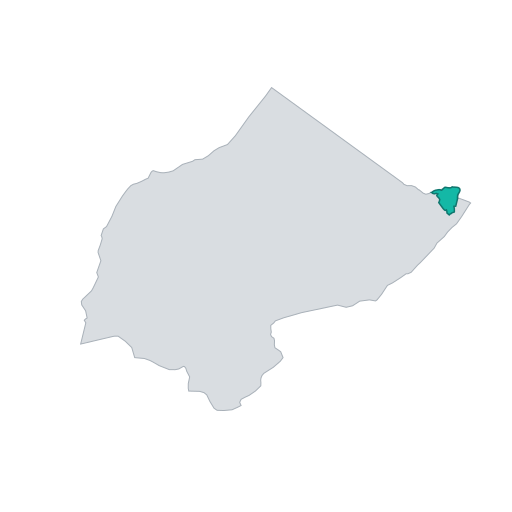 Uganda, with Kabale highlighted, rotated 216°
{"feature_id": "UGA-3375", "entity_name": "Kabale", "entity_type": "District", "adm_level": 1, "iso_a3": "UGA", "parent_name": "Uganda", "parent_adm1": "", "projection": "natural_earth1", "projection_center": [30.02, -1.25], "detail": "fine", "context": "in_parent", "style": "filled", "palette": "teal", "viewbox_px": 512, "rotation_deg": 216, "n_neighbors": 0, "source": "natural_earth", "source_scale": "10m", "svg_char_len": 3123}
<svg xmlns="http://www.w3.org/2000/svg" viewBox="0 0 512 512"><g transform="rotate(216 256 256)"><path d="M342.4,401.4L336.7,401.4L327.3,401.4L317.8,401.4L308.4,401.4L299.0,401.4L289.6,401.4L280.2,401.4L270.8,401.4L261.4,401.4L252.0,401.4L242.6,401.4L233.2,401.4L223.8,401.4L214.4,401.4L205.0,401.4L195.6,401.4L186.1,401.4L180.6,401.4L179.5,401.2L178.7,400.9L175.1,401.7L171.5,404.4L167.6,405.5L163.4,405.1L162.9,405.4L160.8,405.3L157.7,405.1L154.9,405.8L152.8,408.2L150.7,412.2L146.8,416.8L143.8,420.9L141.3,423.8L135.4,428.6L132.2,430.0L130.6,429.8L129.6,428.9L127.8,422.8L126.6,421.8L115.2,425.0L113.5,425.0L113.7,423.1L112.8,408.7L112.7,399.9L114.2,394.3L115.1,388.0L115.1,382.4L117.2,372.8L116.5,367.1L119.2,347.0L119.9,343.7L120.9,334.0L122.6,331.0L124.1,329.9L126.1,323.9L129.8,314.4L132.4,309.5L131.9,298.8L132.3,291.5L132.9,289.9L138.4,287.2L145.6,280.4L148.6,272.5L152.9,267.5L161.2,264.2L185.8,237.0L197.2,222.4L202.2,214.9L202.3,212.2L203.3,208.6L201.3,205.9L198.9,203.4L198.1,201.1L196.1,199.9L193.1,200.0L191.2,198.3L189.0,195.0L186.8,192.9L179.8,193.1L174.4,189.7L174.5,185.1L176.6,176.1L180.7,165.7L180.9,162.9L180.3,160.4L179.3,158.4L177.5,156.3L175.8,153.8L177.1,146.4L179.7,139.1L181.8,135.4L183.8,131.3L183.2,128.0L180.2,126.3L181.8,123.1L185.0,117.5L191.3,112.0L196.8,108.3L200.5,108.2L207.7,111.2L214.2,114.7L217.7,114.9L222.0,113.4L231.0,107.2L233.1,109.2L235.8,113.0L238.6,119.2L244.2,122.0L246.9,124.0L248.9,124.5L249.9,124.0L252.1,119.2L254.6,116.5L259.4,113.1L269.9,110.4L277.5,109.6L280.6,109.1L286.0,107.5L294.4,102.5L302.7,108.9L311.7,110.2L320.4,110.1L323.1,108.2L324.6,106.7L333.8,96.0L346.1,81.7L354.4,101.9L357.2,103.1L356.9,104.9L356.2,106.6L361.6,111.5L368.2,114.0L370.6,116.5L370.8,119.2L368.6,131.1L369.0,134.5L371.2,146.4L375.1,149.0L378.7,161.0L385.8,166.0L386.8,167.5L388.4,173.3L390.6,179.6L392.3,181.1L393.3,181.5L395.4,188.2L394.2,192.0L395.9,203.5L398.5,213.8L399.3,226.0L399.3,231.5L399.2,234.8L398.6,239.4L397.3,242.1L395.1,244.7L392.6,248.9L390.4,253.3L389.0,255.5L390.1,262.1L389.8,263.8L389.2,264.7L386.0,265.7L381.9,267.5L379.4,269.2L375.9,272.6L373.1,276.2L369.3,286.9L363.0,295.3L362.0,298.0L356.1,303.0L353.5,309.1L351.8,316.6L349.5,322.0L344.6,329.4L343.4,341.1L343.6,364.4L342.3,390.9L342.4,401.4Z" fill="#d9dde1" stroke="#a8b0b8" stroke-width="1"/><path d="M139.4,424.9L139.1,425.1L138.4,425.9L137.9,427.3L137.4,427.4L133.8,429.7L132.6,430.2L131.5,430.3L130.5,430.0L129.6,429.0L129.1,427.7L128.9,425.2L128.7,423.9L127.2,421.4L126.6,421.1L126.5,420.5L123.7,413.7L125.1,412.5L123.5,411.0L121.6,408.5L121.5,407.9L122.3,407.0L122.9,405.9L123.0,405.1L123.5,404.6L123.8,402.8L126.7,403.0L127.8,404.3L129.0,405.2L129.7,404.1L130.6,404.0L132.3,404.3L139.5,406.6L139.9,408.3L140.6,409.8L142.4,410.5L144.3,410.7L145.4,411.3L145.3,413.1L147.0,412.6L148.3,411.1L149.9,410.5L151.2,410.6L151.3,410.6L151.1,410.8L150.9,411.1L150.8,412.0L150.7,412.4L150.2,413.5L149.5,414.6L147.1,417.1L146.3,417.7L145.9,417.8L145.5,417.9L145.1,418.0L144.6,418.2L144.3,419.1L143.9,421.5L143.7,422.4L143.1,423.0L140.9,424.0L139.4,424.9Z" fill="#14b8a6" stroke="#0f766e" stroke-width="1.5"/></g></svg>